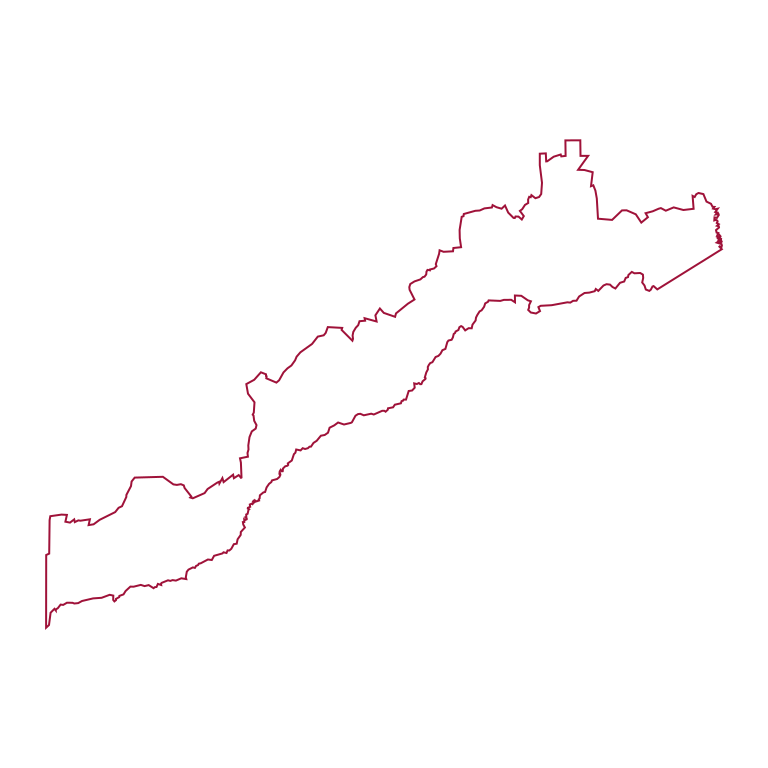 Pijiño Del Carmen, Magdalena, Colombia
{"feature_id": "7082276B92401866793230", "entity_name": "Pijiño Del Carmen", "entity_type": "district", "adm_level": 2, "iso_a3": "COL", "parent_name": "Colombia", "parent_adm1": "Magdalena", "projection": "robinson", "projection_center": [-74.146, 9.518], "detail": "fine", "context": "isolated", "style": "outline", "palette": "rose", "viewbox_px": 768, "rotation_deg": 0, "n_neighbors": 0, "source": "geoboundaries", "source_scale": "gbopen_adm2", "svg_char_len": 6096}
<svg xmlns="http://www.w3.org/2000/svg" viewBox="0 0 768 768"><path d="M721.8,249.2L719.4,246.7L719.8,246.3L721.4,247.3L721.9,245.4L721.5,244.1L716.8,242.6L718.1,241.7L720.9,242.5L721.7,241.7L721.2,240.6L718.4,240.5L718.8,239.5L721.0,239.4L721.1,238.8L720.2,238.3L718.3,238.7L717.4,237.8L717.8,237.0L719.9,237.1L720.5,236.3L719.1,234.6L717.3,235.4L718.3,233.0L716.6,232.6L716.0,230.1L719.0,227.5L718.8,226.3L717.0,225.8L718.8,224.2L716.8,223.0L717.6,221.5L717.3,220.6L716.0,219.9L714.3,220.4L714.5,217.4L716.9,217.9L718.8,215.0L718.5,214.1L715.7,214.5L716.3,213.7L718.0,213.4L717.8,212.6L715.3,212.0L717.7,208.7L715.5,209.2L713.1,208.6L714.4,206.9L712.5,206.7L711.0,203.8L706.5,201.6L703.4,194.1L698.4,193.0L696.2,194.3L694.7,197.0L692.6,195.9L693.6,208.8L683.4,210.0L673.7,207.4L665.8,210.7L660.9,208.1L658.7,208.7L652.7,211.3L645.6,213.2L647.9,217.2L641.3,222.6L635.8,214.3L626.6,210.3L622.0,210.4L612.1,219.9L598.0,218.7L596.8,198.5L595.4,190.6L593.3,185.3L591.0,186.2L592.7,172.2L584.4,170.0L578.1,169.8L588.1,155.9L580.5,155.9L580.3,140.3L565.4,140.4L565.6,155.9L561.3,156.4L560.7,154.5L553.7,156.7L547.2,161.3L546.2,161.4L545.8,153.4L539.8,153.7L539.8,165.2L542.0,182.8L541.2,194.0L539.1,197.0L535.4,198.2L531.4,195.1L530.7,197.2L529.2,196.8L528.1,199.6L528.2,203.0L525.0,204.9L522.2,209.2L519.9,210.9L523.8,216.1L521.8,219.5L518.5,216.6L515.5,216.5L514.8,218.0L513.5,217.9L508.2,212.6L505.0,205.5L501.6,208.7L496.5,207.2L492.6,205.1L491.9,207.5L484.4,208.4L479.7,210.5L475.3,210.8L463.8,214.0L463.5,216.2L461.7,216.8L459.6,230.0L459.8,238.4L461.1,247.2L453.4,248.0L453.0,251.3L443.6,251.8L439.6,250.3L439.1,253.8L435.8,264.1L436.5,266.2L434.0,268.5L429.9,269.5L429.9,270.3L427.5,269.9L426.5,271.6L426.2,274.5L424.5,276.7L422.9,277.1L420.4,279.4L414.5,281.4L410.3,284.0L409.3,287.1L409.6,289.8L414.5,299.5L407.9,303.7L396.0,313.4L395.1,316.8L383.8,312.9L379.9,308.5L375.4,315.3L376.6,321.5L364.6,318.2L365.1,320.7L359.5,321.2L358.2,325.2L355.8,327.7L353.3,331.9L352.6,335.5L353.0,338.9L352.4,340.7L341.6,329.9L342.2,327.9L327.8,327.1L325.7,332.9L323.7,335.3L317.8,336.6L312.1,343.9L300.4,352.3L296.6,356.7L295.1,360.3L291.4,365.5L287.5,368.3L283.5,372.4L279.1,380.3L276.4,382.6L266.3,378.3L266.6,376.3L266.0,376.0L266.0,374.3L260.9,372.3L254.2,379.8L246.3,384.1L248.0,393.7L254.5,402.3L253.8,412.6L252.7,414.7L253.5,415.5L254.2,420.8L256.5,425.1L255.7,428.6L251.8,431.4L249.5,437.1L248.3,445.4L248.5,449.5L247.5,453.0L247.9,456.7L240.0,458.3L240.9,462.6L241.5,477.5L241.0,477.8L238.7,475.1L233.9,478.2L233.1,474.7L223.6,482.1L222.4,478.1L219.4,483.5L219.1,481.8L217.3,482.6L207.6,489.0L204.6,493.1L192.8,498.3L190.3,497.5L191.3,496.5L184.6,488.0L183.8,485.4L180.9,484.2L176.9,484.9L173.4,484.4L162.9,476.8L134.7,477.6L131.6,481.5L131.0,486.1L126.4,494.9L126.3,497.0L122.0,506.2L118.6,507.8L115.2,512.1L99.7,519.8L93.6,524.3L88.6,525.1L89.9,519.3L80.5,520.7L78.3,520.4L74.8,522.1L74.2,519.4L70.0,522.6L65.4,521.7L66.9,514.9L61.5,514.6L50.3,516.2L49.6,520.1L49.2,553.6L46.2,555.0L46.1,627.7L49.0,625.0L50.6,612.7L54.5,608.8L55.8,610.5L55.8,609.5L57.8,608.2L60.6,604.6L63.2,604.9L67.0,602.7L72.5,602.8L74.3,603.5L78.2,603.1L82.0,601.0L93.1,598.4L101.6,597.8L109.7,594.8L113.3,595.6L113.2,599.9L114.4,601.4L116.0,600.1L116.0,598.9L119.2,597.1L119.4,595.9L123.5,594.4L125.6,591.0L130.4,586.6L133.6,586.7L140.8,584.9L144.6,586.1L148.7,585.1L153.6,588.2L154.7,587.2L156.5,587.0L157.9,583.9L161.2,585.0L161.0,583.7L161.6,582.9L168.0,580.3L170.3,580.9L172.6,580.1L175.9,580.6L181.3,578.3L186.3,579.1L185.8,577.3L186.8,571.7L188.5,569.6L192.9,567.4L194.9,567.9L196.1,565.9L198.0,565.1L198.8,563.7L200.7,563.3L207.9,559.5L211.8,560.0L214.1,555.8L222.5,553.4L223.5,552.3L226.5,553.0L227.6,550.4L229.3,550.5L231.3,548.8L233.8,544.2L236.7,543.7L237.6,539.3L240.7,534.9L240.8,532.0L244.9,527.5L243.3,524.6L242.9,522.1L244.3,522.0L244.2,519.3L245.2,520.0L246.7,519.3L246.7,518.4L245.4,517.2L246.3,516.8L246.2,514.5L247.6,513.8L248.5,509.8L249.1,509.3L247.8,508.5L247.9,507.8L250.2,506.8L249.8,504.5L251.6,503.7L252.5,504.2L253.6,502.5L252.9,501.8L253.4,501.0L254.4,502.3L255.1,501.8L255.1,500.5L256.5,501.4L259.1,500.5L258.7,499.4L259.6,498.5L259.9,495.3L263.4,492.4L265.1,492.0L266.6,487.4L269.1,483.8L271.3,482.1L272.0,480.4L277.1,479.0L279.4,477.0L280.4,474.8L280.2,474.0L279.7,474.5L279.4,473.9L279.7,471.4L280.7,469.8L281.8,471.3L282.7,471.2L283.0,468.5L285.2,466.3L287.5,465.7L288.2,464.9L287.8,463.4L291.8,460.5L293.9,454.2L295.4,452.7L296.2,449.5L300.6,450.4L302.7,448.2L305.1,449.0L307.9,448.2L309.5,446.7L311.0,446.6L313.5,442.9L316.7,440.8L320.9,435.7L324.7,435.0L328.0,432.7L329.6,427.7L334.2,425.4L338.1,422.5L344.0,424.5L350.8,422.9L351.9,422.3L355.5,415.7L358.0,414.1L360.3,413.8L363.8,415.3L371.2,413.7L373.8,414.5L382.2,410.8L384.3,410.8L385.6,411.7L387.8,409.7L388.0,408.3L393.1,407.3L394.8,404.7L400.9,403.3L401.6,401.1L403.0,400.7L403.6,399.6L406.0,399.6L408.7,391.0L412.1,390.5L414.7,387.7L414.2,383.4L416.9,384.0L418.9,383.0L420.2,384.2L421.4,384.1L422.6,381.3L425.4,379.0L425.6,378.2L424.8,377.5L426.3,372.4L427.9,369.4L427.8,367.0L428.8,365.0L430.2,363.1L432.4,362.2L435.6,357.0L438.4,355.9L440.5,353.7L442.4,350.2L445.4,348.9L447.3,342.1L448.5,340.5L451.6,339.8L452.9,337.4L453.7,334.0L455.1,332.9L455.6,331.5L458.4,330.0L459.4,327.2L461.1,326.1L462.6,326.9L465.2,330.4L468.6,328.2L471.7,328.3L472.5,324.6L475.6,320.5L476.0,317.6L477.3,315.0L479.6,311.4L481.6,310.3L484.1,306.8L485.2,303.4L488.0,301.8L488.6,300.4L500.3,300.9L503.8,299.9L511.2,299.8L515.0,302.3L514.9,295.5L521.3,295.8L527.8,300.3L530.9,301.3L529.1,305.1L529.1,307.6L528.2,309.9L530.8,312.5L536.0,313.5L540.0,311.1L538.4,307.1L540.7,305.8L551.7,305.2L567.4,302.3L570.3,302.6L573.1,300.8L576.5,300.7L579.1,296.5L584.5,293.0L589.4,292.6L594.7,291.2L595.8,289.0L598.3,290.9L603.5,285.5L606.5,284.2L610.0,284.6L612.5,287.0L615.4,288.5L620.0,282.8L624.2,281.5L625.7,277.9L628.0,277.1L628.4,275.0L631.8,271.9L634.4,273.3L640.2,273.0L642.9,274.6L643.2,277.9L642.2,282.5L644.5,285.5L645.8,289.5L649.3,290.9L650.8,289.7L652.5,286.5L653.6,286.1L657.3,289.4L721.8,249.2Z" fill="none" stroke="#9f1239" stroke-width="2"/></svg>